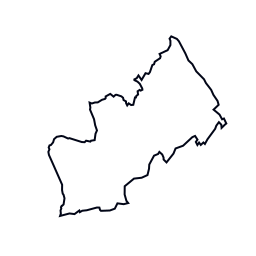 the district of Waterford City South Lea-6, Waterford, Ireland, rotated 70°
{"feature_id": "5873133B96567236235028", "entity_name": "Waterford City South Lea-6", "entity_type": "district", "adm_level": 2, "iso_a3": "IRL", "parent_name": "Ireland", "parent_adm1": "Waterford", "projection": "equal_earth", "projection_center": [-7.125, 52.212], "detail": "fine", "context": "isolated", "style": "outline", "palette": "ink", "viewbox_px": 256, "rotation_deg": 70, "n_neighbors": 0, "source": "geoboundaries", "source_scale": "gbopen_adm2", "svg_char_len": 1950}
<svg xmlns="http://www.w3.org/2000/svg" viewBox="0 0 256 256"><g transform="rotate(70 128 128)"><path d="M187.4,221.9L188.3,212.2L190.6,207.7L188.9,202.0L190.6,202.0L190.1,199.3L191.2,194.9L192.1,184.4L193.0,182.1L195.4,182.3L196.6,181.7L199.3,173.3L199.3,168.0L195.2,163.7L198.1,158.1L198.6,153.5L195.9,154.4L189.3,153.9L181.6,151.0L177.6,139.7L179.4,132.2L178.9,125.8L173.5,122.2L169.6,120.5L162.9,113.0L162.7,108.6L161.2,106.7L164.6,104.9L167.9,104.7L169.8,105.3L173.5,103.6L167.6,94.0L163.5,90.3L163.5,82.3L158.6,70.7L158.4,67.7L162.7,66.7L164.3,69.0L167.7,68.6L166.0,66.2L168.8,65.4L167.4,62.1L169.3,61.2L165.8,57.2L158.6,46.4L156.0,44.2L153.6,40.6L156.8,39.2L159.9,40.0L157.8,35.4L157.4,34.1L151.9,34.6L152.0,36.6L146.7,37.4L140.0,41.3L137.2,34.9L133.2,34.6L126.1,36.4L120.6,36.8L112.4,39.4L108.2,39.9L98.1,44.5L90.0,45.7L85.2,48.1L77.5,48.6L63.9,50.5L61.0,51.6L56.7,56.0L58.3,58.4L60.5,58.3L64.6,59.8L68.4,64.1L69.2,73.0L71.8,72.8L73.4,74.0L74.9,80.2L77.0,81.7L77.2,83.6L83.0,88.3L84.2,90.2L82.5,92.8L87.5,98.8L82.2,100.2L84.2,102.8L84.5,105.4L85.2,105.6L87.7,103.2L90.5,101.8L95.7,101.1L97.0,101.4L97.2,103.3L96.2,104.0L96.8,106.4L100.0,107.1L100.7,109.2L102.0,110.1L101.7,111.0L108.0,115.1L107.5,117.2L105.1,118.9L106.5,121.0L104.0,121.3L102.3,120.8L100.2,122.6L97.9,122.3L96.0,123.4L92.9,127.3L92.6,128.4L93.6,130.8L89.9,133.0L90.7,138.2L92.3,138.8L92.8,139.7L92.6,142.8L93.6,147.7L92.7,150.3L92.6,153.6L91.0,155.4L96.0,156.4L97.7,157.4L108.1,156.9L114.2,157.9L119.7,158.0L122.3,160.5L128.0,163.5L127.3,167.1L127.9,168.0L125.6,171.7L126.5,173.6L125.4,176.2L117.5,186.5L117.4,187.9L113.8,191.5L112.7,193.4L111.9,198.0L113.2,201.3L115.9,203.3L117.6,206.2L117.5,207.7L119.2,209.2L121.1,209.1L123.2,211.0L126.3,211.5L134.7,210.9L158.8,209.3L163.8,211.2L167.4,211.8L168.6,211.4L172.3,211.7L177.8,214.7L178.7,216.8L178.0,216.4L179.5,218.1L180.8,218.2L182.4,219.6L185.5,220.4L187.4,221.9Z" fill="none" stroke="#020617" stroke-width="2"/></g></svg>